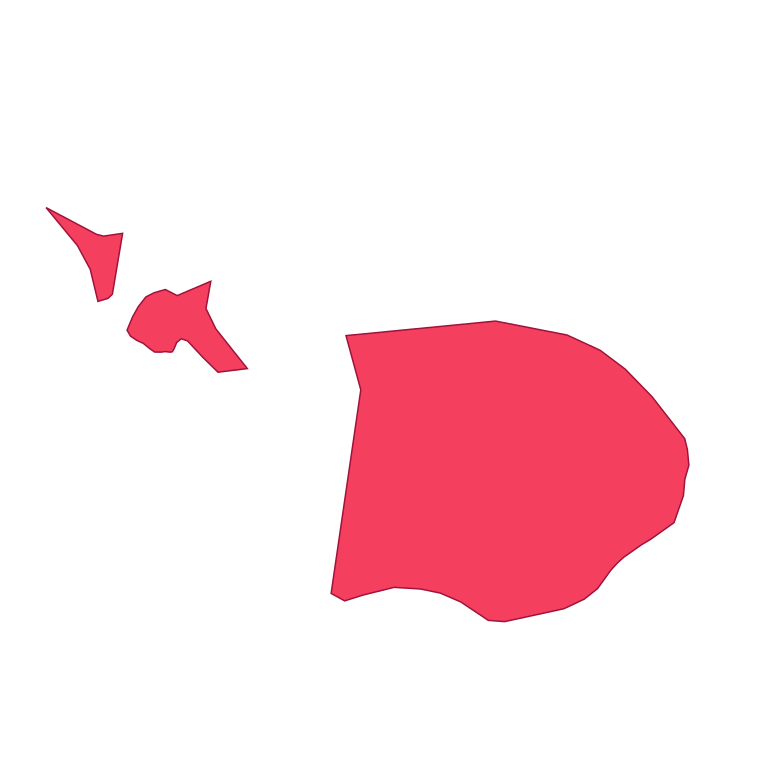 outline of Appenzell Innerrhoden, rotated 253°
{"feature_id": "CHE-3473", "entity_name": "Appenzell Innerrhoden", "entity_type": "Canton", "adm_level": 1, "iso_a3": "CHE", "parent_name": "Switzerland", "parent_adm1": "", "projection": "orthographic", "projection_center": [9.457, 47.345], "detail": "fine", "context": "isolated", "style": "filled", "palette": "rose", "viewbox_px": 768, "rotation_deg": 253, "n_neighbors": 0, "source": "natural_earth", "source_scale": "10m", "svg_char_len": 989}
<svg xmlns="http://www.w3.org/2000/svg" viewBox="0 0 768 768"><g transform="rotate(253 384 384)"><path d="M441.4,361.8L411.6,509.0L377.3,573.4L353.0,600.6L327.7,619.0L293.5,636.6L243.8,655.6L232.7,655.0L217.2,651.8L205.0,643.9L189.7,637.7L166.6,620.8L157.6,593.8L154.9,582.9L148.2,562.5L144.4,554.5L139.5,546.3L125.9,528.4L119.7,512.6L116.5,490.4L121.5,429.8L127.5,414.6L153.1,393.7L167.6,376.7L177.4,358.7L186.6,334.1L188.3,301.9L188.1,283.0L199.2,272.2L385.2,360.1L441.4,361.8ZM532.9,248.4L508.2,235.8L485.9,239.3L438.7,257.8L443.8,228.7L462.1,218.7L482.7,208.7L486.5,203.3L484.3,197.9L479.1,193.6L476.7,191.0L477.0,188.7L478.9,184.4L479.7,180.0L481.6,174.0L486.2,170.4L493.2,165.7L498.1,160.3L503.8,155.6L510.6,154.0L521.7,163.2L529.8,171.6L536.9,181.8L538.5,190.9L538.3,202.5L529.0,212.1L532.9,248.4ZM651.5,112.4L611.2,152.8L607.4,159.1L604.5,178.1L549.3,150.5L546.6,145.2L546.6,134.6L579.5,136.6L606.0,131.3L651.5,112.4Z" fill="#f43f5e" stroke="#9f1239" stroke-width="1.5"/></g></svg>